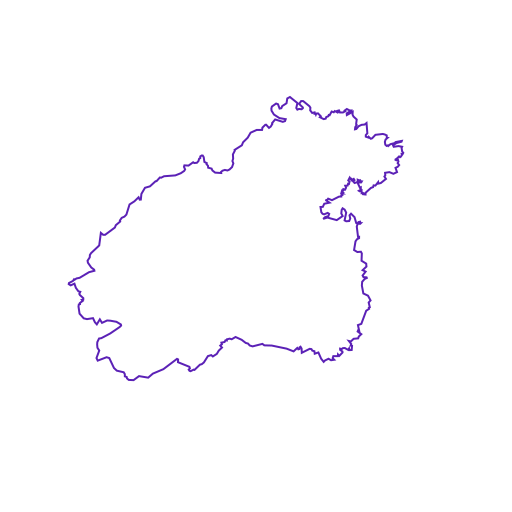 Chuadanga, Khulna, Bangladesh (orthographic projection), rotated 220°
{"feature_id": "16705992B19758630986204", "entity_name": "Chuadanga", "entity_type": "district", "adm_level": 2, "iso_a3": "BGD", "parent_name": "Bangladesh", "parent_adm1": "Khulna", "projection": "orthographic", "projection_center": [88.863, 23.601], "detail": "fine", "context": "isolated", "style": "outline", "palette": "violet", "viewbox_px": 512, "rotation_deg": 220, "n_neighbors": 0, "source": "geoboundaries", "source_scale": "gbopen_adm2", "svg_char_len": 6129}
<svg xmlns="http://www.w3.org/2000/svg" viewBox="0 0 512 512"><g transform="rotate(220 256 256)"><path d="M389.7,174.0L382.9,163.3L384.2,152.1L383.9,150.0L382.5,148.1L382.0,144.1L380.4,142.8L374.8,141.3L371.2,141.5L370.3,140.8L373.5,136.3L377.1,125.9L379.1,123.4L379.7,121.2L380.4,121.2L380.2,119.2L381.9,115.1L381.4,114.1L379.1,114.4L377.3,118.1L373.5,115.8L369.4,114.8L367.6,115.6L367.0,113.4L365.8,112.9L361.2,112.7L360.3,111.6L361.2,110.5L359.9,110.2L360.7,106.8L359.9,106.0L360.6,105.0L359.5,103.2L354.1,98.4L347.9,97.5L344.9,99.0L340.9,103.6L336.8,101.7L334.0,101.3L334.9,107.1L331.0,105.8L328.6,110.9L326.0,112.8L320.6,115.9L315.5,116.7L314.6,116.0L314.8,113.9L317.9,102.9L321.7,93.6L323.2,91.9L322.2,88.0L320.8,86.1L318.5,83.8L315.3,82.8L312.6,75.3L310.0,74.1L305.4,82.4L302.8,83.5L292.8,78.9L288.9,78.7L282.6,81.9L280.6,81.2L279.1,79.5L277.3,80.2L276.1,79.3L273.8,79.3L270.0,82.2L268.4,88.8L260.4,93.5L259.4,99.6L254.2,109.8L250.4,126.4L249.2,126.7L247.5,124.5L235.8,128.3L234.4,127.4L234.5,125.7L233.1,125.3L232.1,125.7L230.7,128.9L229.9,129.2L229.1,136.7L228.0,138.3L227.5,140.9L228.5,148.4L226.6,151.3L224.5,151.3L223.1,155.8L223.7,159.6L223.2,164.0L225.8,164.4L225.4,166.5L226.8,167.4L224.8,169.9L225.2,171.8L224.0,172.5L224.7,173.5L223.0,175.8L221.1,176.6L219.6,180.8L213.1,182.6L208.0,182.8L205.8,183.8L203.3,183.4L200.5,184.6L194.6,192.8L192.2,192.9L186.4,197.5L173.0,204.7L165.9,207.1L165.3,212.1L163.6,211.7L163.0,212.6L163.9,214.0L163.6,215.1L161.6,214.4L158.7,211.3L155.2,219.4L153.7,220.3L152.0,219.7L150.1,220.6L148.2,218.9L146.2,222.2L140.1,219.2L136.1,218.4L136.0,220.3L134.4,223.9L131.5,224.4L129.4,226.8L131.6,227.0L132.4,229.0L128.9,231.9L129.9,233.3L128.0,233.1L127.7,237.7L128.4,238.4L131.2,238.2L132.0,239.1L130.5,239.9L130.2,241.3L128.8,242.6L125.2,243.3L125.3,245.0L124.0,243.9L122.3,245.5L124.7,248.9L125.9,248.2L126.5,249.8L130.2,250.6L128.4,251.5L128.0,255.3L124.8,258.6L125.5,260.4L125.1,263.8L129.6,263.5L130.0,264.8L128.6,264.8L133.5,268.6L131.7,271.7L136.4,284.9L135.4,288.2L136.3,288.9L135.9,289.9L139.8,292.8L139.7,295.6L144.7,297.6L149.7,296.3L155.9,301.4L158.1,304.5L158.0,308.2L157.0,310.4L157.6,310.7L160.1,308.9L161.8,309.6L162.0,314.5L165.2,313.7L164.6,318.9L166.7,321.0L172.1,320.2L176.6,326.0L178.4,326.7L180.9,324.2L184.7,323.6L189.2,331.2L189.4,333.8L188.5,335.9L189.4,337.0L190.2,336.3L197.7,343.3L198.9,346.1L196.9,347.6L196.8,348.6L198.3,347.4L197.7,348.7L198.3,349.2L199.3,347.9L199.2,346.2L200.5,345.7L205.5,349.1L210.4,349.5L210.5,347.3L207.9,345.3L207.1,342.7L209.2,340.6L211.0,340.2L214.8,347.2L217.9,348.5L220.3,348.2L220.0,346.4L218.0,343.4L215.3,342.3L217.2,335.4L226.1,331.3L228.4,327.6L228.0,330.3L226.2,333.0L227.0,335.3L228.8,335.1L230.6,331.7L232.1,331.1L234.1,331.5L238.1,335.0L236.4,336.6L237.3,339.9L234.0,344.1L238.8,343.6L237.5,344.5L237.6,346.3L233.7,347.6L230.6,354.8L228.9,356.4L229.6,357.2L229.1,358.1L230.5,358.6L229.6,359.5L230.7,359.3L230.3,360.4L231.5,360.1L232.1,361.4L231.4,361.5L231.1,363.5L233.0,363.0L230.4,364.1L230.9,366.2L232.8,367.2L231.1,368.8L231.9,370.5L231.1,370.9L232.1,373.1L233.9,373.2L234.6,376.3L233.1,375.8L232.9,377.2L232.6,376.0L231.5,375.5L230.7,377.9L228.6,377.2L230.4,376.9L230.3,375.7L227.4,375.3L226.0,377.5L226.1,378.7L227.1,379.8L226.4,380.0L225.4,378.6L224.6,380.2L225.8,381.1L224.4,380.9L224.1,379.8L222.9,381.0L222.7,380.0L225.4,377.5L220.3,375.1L219.9,376.0L218.3,374.2L219.1,372.1L218.2,372.2L217.3,374.1L215.5,372.0L214.8,372.8L213.8,372.1L212.7,372.8L213.4,373.3L211.8,373.7L212.7,374.9L211.7,382.1L210.6,384.0L211.3,385.7L209.8,386.7L209.9,391.0L208.9,390.0L207.3,392.1L206.0,398.6L208.7,399.4L208.8,400.9L210.6,402.7L207.7,406.0L203.6,407.3L201.9,410.9L205.8,413.2L204.8,415.4L204.8,417.7L207.2,418.2L207.6,419.9L209.5,421.2L210.0,419.5L211.8,419.2L210.7,419.9L210.6,420.8L211.5,421.3L210.7,421.3L210.4,424.2L209.2,424.2L208.9,425.2L209.1,427.1L210.0,427.8L209.2,428.3L209.5,429.7L211.2,430.0L214.0,432.4L214.3,433.6L217.5,431.8L220.7,428.2L222.2,428.9L221.0,432.8L218.0,437.1L218.3,437.9L222.3,433.0L222.4,431.6L224.9,428.1L225.4,425.3L226.1,425.5L226.7,424.3L228.5,424.4L230.6,426.2L231.6,428.5L231.2,431.0L231.8,430.6L233.4,432.4L235.4,431.9L237.3,431.0L242.4,425.6L242.7,420.8L243.4,419.6L246.2,419.7L245.9,419.0L248.6,418.0L249.6,419.2L249.6,421.6L256.8,428.9L257.3,426.5L259.4,424.4L260.8,421.4L260.8,417.8L261.6,416.7L262.8,418.5L263.1,421.1L264.1,421.4L266.6,425.3L271.0,425.5L273.0,426.4L274.6,428.6L277.0,422.4L278.2,423.6L276.8,427.8L276.0,428.2L276.4,428.9L277.8,427.7L280.9,427.0L281.8,423.5L280.3,425.3L281.6,421.9L284.0,419.9L286.0,420.9L286.9,419.6L285.5,419.0L285.6,418.4L288.8,417.7L288.8,416.1L290.9,415.3L290.1,411.2L290.9,410.8L290.5,409.4L291.5,407.6L290.9,406.0L292.1,404.4L296.3,403.4L296.2,404.7L300.2,405.1L301.4,403.8L301.1,402.9L302.0,403.4L302.6,402.6L303.5,403.6L304.9,401.7L308.1,402.4L309.7,404.6L311.3,405.1L319.4,405.0L321.0,403.7L320.7,400.2L315.6,399.9L315.1,399.3L315.4,397.7L317.6,396.3L318.4,394.7L320.3,395.3L322.6,399.8L332.2,399.6L333.3,396.8L330.8,392.6L332.3,387.7L331.6,385.5L332.7,384.1L336.7,386.4L338.6,385.7L339.9,380.7L339.0,378.8L337.5,377.3L333.2,375.9L326.7,376.7L321.2,379.9L320.5,378.0L321.7,376.0L329.1,372.9L329.1,368.1L328.4,367.7L327.9,364.6L328.4,362.5L332.6,363.1L333.2,362.5L333.6,358.5L332.4,356.5L336.5,353.0L339.4,347.0L338.4,341.3L339.0,334.8L338.0,331.7L340.6,323.5L339.9,323.0L339.0,319.0L336.1,315.9L335.1,313.6L332.9,312.4L331.5,308.7L331.9,305.2L332.8,303.2L335.2,301.9L336.5,299.8L336.8,297.9L336.0,297.2L340.9,293.6L344.4,293.5L346.2,294.4L349.4,292.9L350.7,294.2L353.0,294.6L353.4,295.5L356.0,294.9L359.6,298.1L361.4,298.7L362.2,298.1L362.7,296.5L361.6,295.1L362.1,294.0L361.1,291.7L361.2,289.4L363.1,287.5L364.4,287.4L365.8,281.9L369.1,279.4L368.5,278.0L366.0,276.8L365.7,275.0L366.8,271.1L369.6,265.9L377.7,258.0L379.0,255.0L380.1,254.4L380.3,249.4L381.0,248.7L382.0,241.2L384.9,236.9L383.7,229.9L380.5,225.2L381.3,224.4L383.7,225.5L384.3,219.7L386.0,214.2L381.9,204.4L382.1,201.6L383.4,198.9L383.1,195.7L382.2,195.1L383.2,189.5L382.4,187.1L385.2,175.3L386.7,174.0L389.7,174.0Z" fill="none" stroke="#5b21b6" stroke-width="2"/></g></svg>